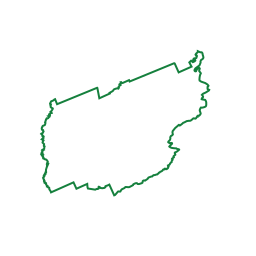 outline of Pedro Vicente Maldonado, Pichincha, Ecuador, rotated 66°
{"feature_id": "8360857B92001887030544", "entity_name": "Pedro Vicente Maldonado", "entity_type": "district", "adm_level": 2, "iso_a3": "ECU", "parent_name": "Ecuador", "parent_adm1": "Pichincha", "projection": "equal_earth", "projection_center": [-79.051, 0.161], "detail": "fine", "context": "isolated", "style": "outline", "palette": "green", "viewbox_px": 256, "rotation_deg": 66, "n_neighbors": 0, "source": "geoboundaries", "source_scale": "gbopen_adm2", "svg_char_len": 5725}
<svg xmlns="http://www.w3.org/2000/svg" viewBox="0 0 256 256"><g transform="rotate(66 128 128)"><path d="M145.7,59.9L145.4,59.8L145.2,58.9L145.6,58.5L145.7,57.9L145.2,56.8L144.5,55.8L143.8,55.6L141.3,55.4L140.3,54.8L139.0,53.2L139.7,51.5L140.0,49.6L139.9,48.4L139.7,47.9L139.3,47.5L138.5,47.0L136.4,46.1L135.4,45.9L134.1,46.0L133.7,46.1L131.9,48.8L131.6,49.0L130.8,48.3L130.6,47.4L130.3,46.9L130.0,46.7L128.5,46.7L127.8,47.0L127.4,46.1L127.2,45.3L127.2,42.7L126.7,39.1L126.4,38.5L126.2,38.3L124.9,39.4L124.6,39.4L122.8,38.6L122.7,38.4L122.7,38.0L122.6,37.8L122.1,37.3L120.6,37.7L118.4,39.1L115.4,42.3L113.8,43.3L112.7,43.0L110.7,41.9L109.0,40.7L107.6,39.2L104.9,39.8L104.0,39.3L103.0,38.3L102.5,38.3L102.1,38.5L102.0,38.9L101.8,39.4L101.9,39.9L102.5,41.3L103.8,42.7L103.8,43.1L103.6,43.5L103.1,43.8L102.6,43.9L101.9,43.5L101.3,42.7L100.9,42.0L99.9,37.3L97.8,35.1L96.6,34.7L95.9,33.9L95.7,33.7L95.5,32.8L95.4,32.0L94.9,31.0L94.4,30.5L92.9,30.1L91.6,30.0L90.1,29.6L89.2,29.7L88.9,29.9L88.6,30.3L88.4,30.9L87.9,31.5L86.2,33.0L87.1,33.4L87.6,35.1L88.0,35.9L88.5,36.5L89.4,36.4L89.5,35.8L90.0,35.7L90.8,36.1L91.4,36.8L91.8,37.1L91.9,37.7L91.7,38.3L91.4,38.8L91.3,39.2L91.5,39.9L92.1,40.6L92.5,40.9L92.9,40.9L93.0,40.1L93.4,39.1L93.8,39.1L94.2,40.1L94.2,42.0L92.2,43.0L93.0,45.3L97.8,45.0L97.8,59.1L88.1,59.1L87.6,59.5L86.2,107.6L84.7,107.6L84.7,114.6L84.2,115.3L83.3,115.6L83.2,116.1L84.1,116.2L84.7,116.6L84.8,117.0L84.5,117.5L84.6,117.9L85.5,117.4L85.8,117.4L86.0,118.7L86.4,119.7L86.8,120.0L87.5,119.9L88.1,120.8L87.4,121.6L87.1,123.2L87.0,124.9L87.2,125.5L87.9,126.6L88.1,127.4L88.4,130.6L89.1,130.6L89.2,142.1L78.9,139.7L78.7,139.8L77.4,183.1L72.0,182.9L72.0,183.7L72.3,184.4L72.5,185.8L72.4,186.7L72.4,187.4L74.0,189.3L74.4,189.4L75.1,188.8L75.5,189.1L75.9,189.7L76.5,189.7L77.3,190.1L78.4,189.7L79.4,188.8L79.7,188.8L80.2,189.3L81.4,191.2L81.8,192.4L82.3,192.3L82.9,191.6L83.2,191.6L83.0,192.6L83.3,193.3L83.3,194.4L83.4,194.5L84.1,193.9L84.5,194.0L84.8,194.6L84.7,196.0L84.9,195.9L85.4,194.9L85.5,194.8L85.8,195.1L85.9,195.8L86.5,196.9L86.5,197.6L86.1,198.2L86.2,198.6L86.7,198.9L87.0,199.6L87.8,200.1L88.2,200.7L88.7,200.9L89.1,201.5L89.3,201.5L89.5,201.3L90.5,201.8L91.5,202.9L91.4,204.8L91.5,205.2L92.2,205.8L92.4,206.4L92.9,206.6L93.3,207.0L94.5,207.3L95.4,206.4L95.6,206.4L96.2,206.8L96.8,206.6L97.8,207.8L97.9,208.1L97.9,209.5L98.0,209.7L98.7,209.3L99.5,209.1L99.9,209.1L100.3,209.5L101.0,209.4L101.3,209.2L101.2,208.6L101.4,208.5L102.0,209.1L102.7,209.2L102.9,210.6L103.2,211.2L103.4,210.9L104.1,210.5L104.5,210.8L105.0,210.3L106.1,211.7L106.6,212.0L108.6,211.2L109.7,212.0L110.3,212.2L110.9,211.7L111.4,212.2L112.4,212.7L112.9,213.3L113.1,213.6L113.1,214.5L113.7,214.1L113.8,215.2L114.0,215.9L114.7,215.7L115.1,216.1L115.6,216.2L115.5,216.8L115.6,217.0L116.2,216.6L116.4,217.2L116.9,216.9L117.0,217.5L117.4,217.2L117.3,217.7L117.4,217.9L118.0,217.8L118.1,217.5L118.0,217.1L118.6,217.1L118.6,217.4L118.7,217.5L119.0,217.4L119.4,217.6L119.9,217.3L120.3,217.5L121.0,217.4L120.9,217.7L121.0,217.8L121.4,217.8L121.7,217.5L121.9,216.9L122.6,216.8L123.0,216.4L123.3,215.8L124.7,215.1L126.2,215.0L127.1,216.1L127.9,215.4L128.2,215.9L128.1,216.4L128.2,216.7L128.7,216.5L128.9,217.0L129.6,217.4L129.6,216.9L131.0,218.4L132.9,220.0L133.5,220.2L134.2,220.7L134.7,220.6L135.3,220.9L135.2,221.4L135.7,221.5L135.3,221.6L135.5,221.8L135.7,222.3L136.0,222.3L136.2,222.6L136.5,222.4L136.6,222.8L136.6,223.4L137.6,223.5L137.9,223.9L137.5,224.2L137.5,224.4L138.0,224.5L138.8,225.6L139.1,225.4L139.8,226.0L140.9,225.7L141.3,226.0L141.7,226.0L142.4,226.4L142.8,226.2L143.1,226.3L143.0,225.9L144.6,226.2L144.8,225.9L144.9,225.4L145.2,225.3L145.4,225.4L145.6,225.8L146.9,225.7L147.4,225.5L148.2,225.8L148.3,225.1L148.5,225.0L149.0,225.4L149.8,225.1L150.3,224.4L150.7,224.3L152.1,224.8L154.2,224.4L155.5,224.5L155.5,199.9L162.5,199.8L162.5,188.0L165.7,189.1L167.0,189.2L171.0,183.0L170.9,181.5L171.4,180.5L171.4,179.7L170.6,179.1L170.0,179.0L169.8,178.5L170.6,177.8L171.5,177.7L172.6,175.9L173.1,174.0L172.9,172.8L172.1,172.4L172.0,171.9L172.2,169.8L172.1,168.1L183.9,168.0L183.9,167.6L183.9,167.0L183.3,165.7L182.0,163.0L182.1,162.4L182.7,161.5L182.9,160.8L182.1,159.8L181.5,158.6L181.4,155.7L180.9,154.4L181.1,153.8L182.2,151.8L182.5,150.9L182.5,150.2L182.3,147.2L182.2,146.6L181.7,146.2L181.6,145.7L181.5,144.5L181.6,143.4L181.8,142.7L182.2,142.2L183.0,142.0L183.4,141.4L183.7,140.6L184.0,137.8L183.8,137.0L182.5,136.1L182.3,135.4L182.4,134.6L183.0,133.9L182.5,131.0L182.2,130.3L181.7,129.7L181.6,129.4L181.8,126.4L182.1,125.6L181.5,124.1L181.5,123.7L181.9,122.7L182.1,120.5L182.3,120.1L182.0,119.3L181.9,118.7L181.4,118.0L181.5,117.3L181.1,116.3L181.2,115.3L181.0,114.0L180.3,112.9L180.6,111.8L180.1,111.3L180.1,111.1L180.7,110.8L180.6,109.9L181.3,109.4L181.0,108.2L180.8,107.7L180.0,107.2L179.8,106.6L179.3,106.5L178.8,106.9L178.5,106.8L178.6,106.0L178.4,105.7L178.4,105.0L178.2,104.6L177.6,104.1L177.1,103.0L176.9,102.1L176.7,102.1L176.0,101.5L175.1,100.1L174.5,100.1L174.1,100.4L173.9,100.2L173.5,98.2L173.4,98.0L172.8,98.1L172.4,98.0L172.1,97.3L171.7,95.7L171.3,95.5L169.9,95.5L169.5,95.2L169.5,94.0L169.4,92.9L169.0,91.3L168.6,90.1L168.3,90.1L167.8,90.6L167.0,91.8L166.3,92.1L165.2,94.2L164.0,96.1L162.9,97.2L161.8,97.8L161.5,97.4L160.4,94.4L160.2,94.1L159.7,94.0L159.2,94.6L158.8,96.1L157.7,96.9L157.2,97.0L156.8,96.5L156.0,94.6L155.6,94.2L154.9,93.6L153.9,93.3L153.1,92.6L152.8,92.0L152.6,90.6L152.2,89.7L149.9,89.1L149.0,88.4L147.2,84.9L146.3,81.8L145.8,80.3L145.9,80.1L146.7,79.8L146.8,79.3L146.1,76.5L145.7,75.5L145.8,74.1L145.6,71.6L146.1,69.7L146.6,68.6L146.7,67.7L146.5,66.7L145.8,64.4L146.0,63.8L146.8,62.8L146.8,62.4L146.8,62.0L145.7,60.3L145.6,60.0L145.7,59.9Z" fill="none" stroke="#15803d" stroke-width="2"/></g></svg>